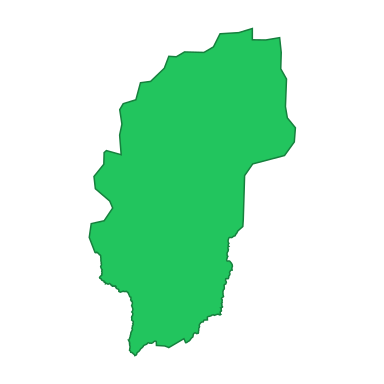 outline of Ak-Suu, Ysyk-Köl, Kyrgyzstan, rotated 92°
{"feature_id": "92254566B94070763969745", "entity_name": "Ak-Suu", "entity_type": "district", "adm_level": 2, "iso_a3": "KGZ", "parent_name": "Kyrgyzstan", "parent_adm1": "Ysyk-Köl", "projection": "mercator", "projection_center": [79.882, 42.288], "detail": "fine", "context": "isolated", "style": "filled", "palette": "green", "viewbox_px": 384, "rotation_deg": 92, "n_neighbors": 0, "source": "geoboundaries", "source_scale": "gbopen_adm2", "svg_char_len": 5982}
<svg xmlns="http://www.w3.org/2000/svg" viewBox="0 0 384 384"><g transform="rotate(92 192 192)"><path d="M227.1,291.6L241.0,293.1L255.8,286.8L256.0,286.2L256.1,285.8L255.9,285.4L255.5,285.2L255.7,284.5L255.8,284.3L256.4,283.9L256.5,283.6L257.6,282.5L258.0,282.3L258.0,281.7L258.9,281.0L260.0,281.0L261.9,280.7L263.4,280.7L265.2,280.4L265.8,280.1L266.6,280.3L267.1,280.0L268.0,279.9L268.7,280.3L269.0,280.4L269.8,280.7L271.7,279.9L272.2,279.7L272.7,279.1L273.0,279.1L273.8,279.4L274.4,279.5L275.9,279.0L276.9,279.4L277.9,279.1L279.3,280.4L280.1,281.1L280.7,281.4L281.3,281.1L281.5,281.0L281.6,280.6L281.9,280.1L281.9,279.8L283.2,279.2L283.7,277.9L283.9,277.7L284.1,276.9L285.2,276.6L285.4,276.1L285.2,275.8L286.1,275.2L286.3,275.2L286.2,275.1L286.4,275.0L286.3,274.9L286.4,274.4L286.3,274.1L286.6,273.8L286.7,273.5L286.7,273.3L286.8,273.2L287.1,272.7L286.9,272.2L286.5,271.6L286.3,271.3L286.5,270.9L286.8,270.6L286.9,270.2L287.3,270.1L287.5,269.7L288.1,269.4L288.1,268.6L288.5,268.5L288.7,268.3L288.9,268.4L289.0,268.3L288.9,267.4L288.7,267.0L288.8,266.8L288.5,266.7L288.8,266.0L288.7,265.9L288.8,265.1L288.7,265.0L289.4,264.5L289.7,264.5L290.0,264.8L290.9,264.2L291.2,263.7L291.6,262.6L291.9,262.1L292.7,261.6L293.8,261.7L294.0,261.5L294.0,261.0L294.2,260.8L294.6,260.4L294.6,260.1L294.4,259.6L293.9,258.2L293.5,257.4L293.5,257.0L293.7,256.5L293.9,256.4L293.8,255.8L293.9,255.3L293.6,254.6L293.5,254.3L293.6,254.0L294.0,253.7L294.3,252.9L295.0,252.4L295.0,252.2L295.7,252.0L296.0,251.7L296.5,251.6L297.8,250.9L298.6,250.7L299.0,250.3L299.2,249.9L299.3,249.4L300.0,249.4L300.5,249.3L301.3,249.4L301.6,249.5L302.1,249.5L302.4,249.0L303.0,248.8L302.8,248.5L303.3,248.3L303.4,248.1L304.6,247.7L306.0,247.7L306.5,248.0L307.4,248.2L307.8,248.4L308.0,248.3L308.0,248.0L308.4,247.8L309.5,247.6L310.6,247.1L311.5,247.0L311.9,247.1L312.8,247.2L314.0,248.0L314.4,247.6L314.7,247.3L315.4,246.9L315.7,246.9L317.1,247.0L317.5,247.1L317.9,247.5L318.5,247.9L319.0,247.8L319.3,247.8L319.6,248.0L320.0,247.8L320.3,247.7L321.1,247.8L321.8,247.7L322.1,247.8L322.8,247.0L323.2,246.3L323.6,246.1L325.3,246.4L325.7,246.6L326.1,246.2L326.6,246.1L327.8,246.9L328.3,246.8L328.9,246.9L329.7,247.1L329.9,247.1L330.3,247.3L331.2,246.8L331.9,246.8L332.0,247.0L332.6,247.1L333.7,247.8L334.4,247.9L335.0,248.3L336.3,248.2L336.9,248.5L337.2,248.5L337.3,248.6L338.2,248.7L338.4,248.6L339.7,249.1L340.9,249.4L342.0,249.9L342.3,250.1L342.3,250.3L343.1,249.8L343.7,249.6L344.0,249.2L344.5,249.1L345.1,249.3L345.3,249.0L346.2,248.9L346.9,249.1L348.4,248.5L349.3,248.6L350.2,248.5L350.6,248.7L352.4,248.9L352.6,248.5L353.1,248.1L353.5,248.0L354.2,247.6L354.3,247.6L354.5,246.5L354.6,246.4L355.1,245.6L355.6,245.2L356.3,244.2L356.8,243.7L357.5,243.5L357.1,242.4L356.3,241.7L355.1,241.5L354.6,241.2L354.0,240.7L353.4,239.8L352.4,238.9L350.5,237.8L349.2,236.3L348.5,235.7L348.0,235.3L347.4,235.2L346.8,234.5L345.7,232.0L344.5,231.0L344.2,230.4L344.3,229.7L344.6,229.2L344.5,228.0L344.6,227.2L344.0,225.9L343.1,225.1L342.3,223.9L342.4,223.0L342.7,222.5L346.6,222.2L346.8,214.4L346.8,214.0L347.8,210.9L348.1,210.2L348.3,209.8L338.9,195.0L340.8,194.0L342.3,193.4L342.7,193.1L342.9,192.9L342.5,191.9L341.8,191.1L340.9,189.6L340.2,188.9L338.3,187.7L337.7,187.2L337.0,186.2L335.9,185.9L334.5,185.8L333.6,185.4L333.0,184.8L332.7,184.4L332.5,184.0L333.0,183.1L333.4,182.2L333.1,181.7L332.9,180.8L332.0,180.6L331.6,180.7L330.7,180.6L329.9,180.4L329.1,180.5L327.9,180.5L327.3,180.1L326.4,179.8L326.1,179.8L325.2,180.1L324.3,180.0L324.0,179.8L322.4,178.8L321.5,177.4L321.5,176.6L321.4,176.2L320.6,176.0L319.9,175.7L319.6,175.4L319.5,175.1L319.5,174.2L319.3,172.1L318.0,172.2L317.3,172.3L316.3,172.2L316.0,171.7L315.7,170.8L315.6,169.9L315.3,169.4L315.1,168.9L315.1,168.7L314.3,167.7L314.2,167.4L314.2,167.1L314.0,166.7L313.9,166.3L314.0,166.1L314.3,165.9L314.5,165.1L314.4,164.9L314.0,164.4L314.0,164.1L313.6,163.2L313.3,162.3L313.3,161.3L313.7,160.6L313.9,159.9L313.7,159.3L313.3,158.9L313.2,159.1L312.6,159.5L311.7,159.6L311.2,159.6L310.4,159.4L310.0,158.5L309.7,158.4L308.3,158.8L307.5,158.7L307.0,158.9L306.8,159.2L306.0,157.6L305.8,157.5L305.6,157.5L305.0,158.1L304.7,158.3L304.4,158.3L304.0,158.1L303.7,158.1L303.5,158.3L302.8,158.5L302.4,158.7L301.6,157.9L301.1,158.2L298.8,158.0L298.6,158.1L298.1,158.7L297.8,158.8L297.3,158.8L296.9,158.6L295.5,156.9L295.2,156.8L294.5,157.1L293.0,157.5L292.3,157.4L291.1,157.6L290.4,157.6L290.2,157.7L289.8,157.4L288.9,157.3L288.6,157.2L288.0,156.5L287.5,156.5L287.1,156.3L283.9,156.7L283.1,155.9L282.7,155.0L281.5,154.7L281.1,154.5L280.4,154.7L279.4,155.3L278.9,155.4L278.1,155.2L277.5,155.2L277.3,154.5L277.4,153.5L277.4,153.0L277.3,152.7L276.2,152.3L275.7,152.4L274.7,152.2L273.5,151.4L273.1,151.3L272.5,151.2L271.2,151.7L270.4,151.5L269.9,151.2L268.9,150.4L268.7,150.1L268.7,149.2L267.6,149.3L266.8,149.6L264.8,149.0L263.2,149.3L261.8,150.1L259.9,151.8L259.6,152.5L259.6,152.8L259.8,153.6L259.8,154.1L259.7,154.5L259.4,154.8L258.8,154.9L258.2,155.0L257.7,154.9L257.0,154.6L256.2,154.5L255.0,153.9L254.5,154.5L253.9,154.8L253.1,154.7L252.2,154.9L251.8,154.8L250.2,154.2L249.8,154.0L249.6,153.7L248.7,153.8L247.9,153.6L247.6,154.0L246.1,154.2L245.4,153.8L245.1,153.2L244.4,153.9L244.0,154.0L243.2,153.9L242.6,153.7L242.0,153.3L241.5,153.8L241.0,154.0L240.3,154.2L238.8,154.2L236.7,153.6L236.4,153.3L236.1,152.8L236.1,152.3L236.2,151.2L236.1,150.6L235.8,150.1L235.0,149.2L234.7,148.8L234.4,147.6L233.9,147.2L232.9,146.9L232.6,146.8L232.1,146.1L229.3,144.8L224.7,140.0L217.7,139.8L173.8,140.0L161.8,132.3L152.3,100.8L138.4,91.5L124.2,90.9L114.6,99.3L103.4,101.6L75.8,101.5L65.8,107.6L49.5,107.7L34.7,109.8L37.5,123.6L37.8,137.0L26.5,137.4L31.1,150.8L32.9,169.5L46.2,175.6L52.1,184.9L52.3,204.4L57.4,212.4L57.2,219.9L69.3,224.0L82.9,237.2L84.6,247.3L101.8,251.3L106.1,263.8L112.2,267.1L126.6,264.4L137.6,266.3L157.2,264.1L153.6,279.0L155.7,281.2L167.3,281.1L179.9,290.5L192.1,288.7L203.9,273.9L210.8,270.7L223.8,278.8L227.1,291.6Z" fill="#22c55e" stroke="#15803d" stroke-width="1.5"/></g></svg>